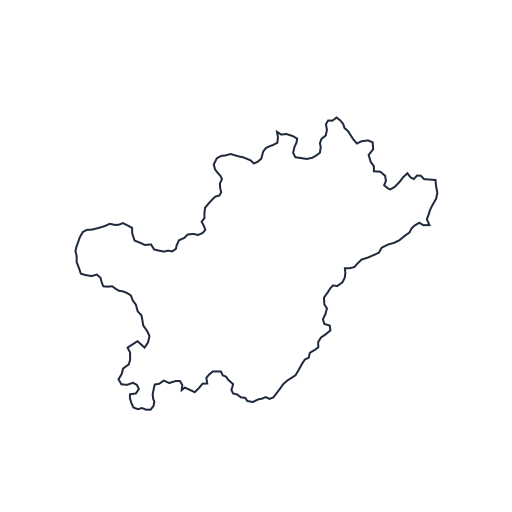 outline of Conceição do Castelo, Espírito Santo, Brazil, rotated 233°
{"feature_id": "56859067B68832214291325", "entity_name": "Conceição do Castelo", "entity_type": "district", "adm_level": 2, "iso_a3": "BRA", "parent_name": "Brazil", "parent_adm1": "Espírito Santo", "projection": "mercator", "projection_center": [-41.26, -20.375], "detail": "fine", "context": "isolated", "style": "outline", "palette": "slate", "viewbox_px": 512, "rotation_deg": 233, "n_neighbors": 0, "source": "geoboundaries", "source_scale": "gbopen_adm2", "svg_char_len": 3439}
<svg xmlns="http://www.w3.org/2000/svg" viewBox="0 0 512 512"><g transform="rotate(233 256 256)"><path d="M283.0,128.2L277.5,128.8L273.1,126.6L268.3,124.1L261.5,123.9L256.1,122.7L251.9,117.7L249.9,111.9L255.0,110.9L259.3,110.1L259.8,103.2L260.1,98.3L254.8,97.4L248.7,92.9L246.0,89.1L246.1,82.1L242.5,77.6L240.3,72.0L234.5,71.3L230.7,75.5L228.8,81.4L224.8,83.3L220.3,82.4L218.5,77.3L221.4,72.2L218.5,69.8L213.6,68.0L208.8,66.9L204.8,69.4L203.2,73.4L199.4,75.7L196.7,79.4L197.9,83.9L200.8,87.1L204.2,88.1L207.8,90.3L211.3,94.2L214.3,97.8L212.2,101.8L212.0,107.4L206.7,110.3L204.7,116.2L202.0,120.0L197.3,119.5L193.6,116.0L193.7,120.0L189.5,122.3L184.1,125.1L184.9,131.1L186.2,136.5L183.5,140.3L188.6,143.0L189.5,147.1L189.8,152.0L187.5,155.1L184.9,158.5L180.8,157.6L177.5,159.5L173.9,159.3L167.4,160.6L163.7,155.7L159.9,155.0L156.8,157.6L152.2,158.9L149.2,162.0L145.4,161.8L141.3,165.6L140.2,171.4L138.5,174.8L137.4,178.9L133.8,180.7L132.6,184.8L133.8,188.9L135.5,195.1L137.3,200.6L137.7,206.3L137.3,210.7L137.0,215.8L139.7,222.4L142.1,227.7L143.9,232.6L143.1,236.9L146.3,240.8L145.6,246.7L145.6,250.8L149.8,253.8L151.8,258.8L151.5,264.0L151.8,270.7L156.1,273.0L160.6,269.7L165.1,271.3L167.8,276.4L171.4,281.1L176.3,281.5L181.9,285.3L183.6,290.9L185.5,296.0L186.2,299.6L183.1,302.9L183.0,309.2L185.2,313.7L188.6,317.1L192.7,319.6L189.7,323.7L188.0,328.0L188.9,332.4L189.6,338.3L187.4,344.4L185.7,351.5L184.7,356.2L187.0,361.4L185.7,368.3L183.4,374.2L182.3,379.9L182.6,386.6L182.4,392.7L184.3,396.6L184.9,400.7L184.3,406.4L179.9,408.2L176.3,413.1L182.6,414.6L184.9,418.4L187.8,422.4L189.7,425.9L191.6,430.2L193.3,434.3L197.3,438.8L204.2,442.3L208.6,445.1L211.6,441.8L216.2,436.5L221.0,435.9L223.3,433.1L222.5,428.4L225.8,426.7L231.0,426.7L230.3,420.6L228.8,415.5L227.7,408.5L228.4,403.1L231.9,401.7L235.4,400.9L237.7,404.9L242.4,407.4L248.5,406.0L252.7,401.1L256.6,404.1L262.4,404.3L268.9,406.8L270.8,413.9L276.6,417.6L280.9,415.0L284.2,409.2L285.1,404.3L290.5,403.9L296.2,404.3L300.2,404.7L305.0,403.7L309.0,405.1L313.4,404.9L318.1,403.7L318.1,398.5L320.8,395.1L319.1,391.1L314.1,388.6L310.3,384.3L310.1,378.7L307.7,375.0L304.0,373.2L300.0,369.2L300.0,364.6L300.6,360.0L302.9,355.0L307.3,350.7L311.2,346.9L316.0,347.7L319.7,352.0L322.2,356.6L325.0,359.5L329.7,357.5L335.2,353.6L337.8,349.2L342.5,347.5L337.6,345.0L333.6,341.2L334.4,336.5L335.5,332.8L336.3,329.0L335.1,324.6L330.6,318.9L330.2,314.2L331.2,310.0L335.7,309.2L339.6,306.9L342.6,305.1L345.3,302.7L348.9,299.9L352.7,297.2L354.7,292.1L356.9,288.4L357.6,283.5L354.6,277.4L349.8,275.4L346.0,275.4L341.4,275.8L338.0,275.2L335.5,270.7L331.5,268.1L327.9,266.6L326.3,263.2L327.9,259.3L327.4,254.8L326.5,250.0L325.2,244.4L320.8,240.2L317.3,237.7L316.1,233.2L310.9,232.4L307.3,231.2L306.5,227.1L307.7,222.3L311.4,219.2L314.3,214.3L313.6,209.7L314.9,203.9L312.2,199.0L309.9,196.3L310.1,191.9L313.2,189.0L314.7,185.4L318.7,181.7L322.5,178.6L328.4,179.1L331.8,173.8L336.4,171.4L341.4,168.3L348.7,170.8L353.1,174.0L358.2,171.6L362.4,169.5L363.6,165.0L366.0,161.8L369.7,158.6L371.0,153.0L372.6,148.5L374.1,144.9L375.8,140.8L378.7,136.5L379.4,132.1L376.8,126.2L373.7,121.7L371.2,117.8L368.5,114.7L364.0,112.8L359.1,109.1L353.1,107.4L347.3,105.5L343.7,108.1L339.0,112.5L336.9,117.7L332.3,118.7L327.5,116.8L323.7,115.8L320.8,119.0L318.4,122.9L314.5,124.1L310.7,125.6L307.9,128.4L303.9,130.8L299.8,132.3L294.5,130.8L289.5,130.8L283.0,128.2Z" fill="none" stroke="#1e293b" stroke-width="2"/></g></svg>